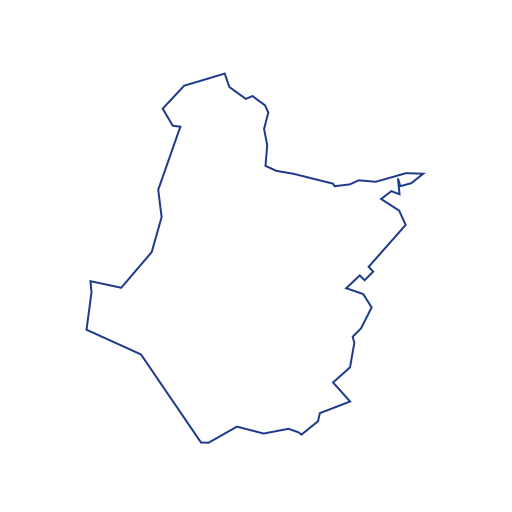 Emanuel, Georgia, United States of America (Robinson projection), rotated 165°
{"feature_id": "52423323B36663925787207", "entity_name": "Emanuel", "entity_type": "district", "adm_level": 2, "iso_a3": "USA", "parent_name": "United States of America", "parent_adm1": "Georgia", "projection": "robinson", "projection_center": [-82.386, 32.566], "detail": "fine", "context": "isolated", "style": "outline", "palette": "blue", "viewbox_px": 512, "rotation_deg": 165, "n_neighbors": 0, "source": "geoboundaries", "source_scale": "gbopen_adm2", "svg_char_len": 907}
<svg xmlns="http://www.w3.org/2000/svg" viewBox="0 0 512 512"><g transform="rotate(165 256 256)"><path d="M194.0,124.1L183.5,146.7L183.5,153.0L173.3,158.9L157.6,176.4L162.3,191.5L177.2,201.5L160.8,210.4L157.4,204.5L146.8,210.6L150.0,216.4L137.6,224.6L103.4,247.3L106.0,262.8L120.4,278.7L108.5,283.6L101.4,278.5L98.8,294.2L98.6,286.1L87.2,286.1L73.2,292.2L89.7,297.2L121.1,296.7L137.2,302.5L146.9,300.9L162.1,303.1L162.8,305.9L199.1,326.0L214.4,333.0L223.5,340.6L216.5,360.1L215.3,376.7L207.0,391.3L208.2,399.0L218.0,411.4L225.2,410.4L238.0,426.1L239.0,440.3L281.3,439.1L308.0,422.5L302.7,403.4L295.6,400.5L333.3,345.3L335.8,327.4L337.1,318.0L355.7,286.8L394.4,260.2L422.4,274.5L424.3,263.5L438.8,228.6L392.6,190.7L357.4,90.1L350.3,87.9L318.6,96.1L294.5,82.5L269.4,80.7L260.5,74.6L258.3,71.7L238.9,80.3L235.0,87.7L202.8,91.1L214.3,113.9L194.0,124.1Z" fill="none" stroke="#1e3a8a" stroke-width="2"/></g></svg>